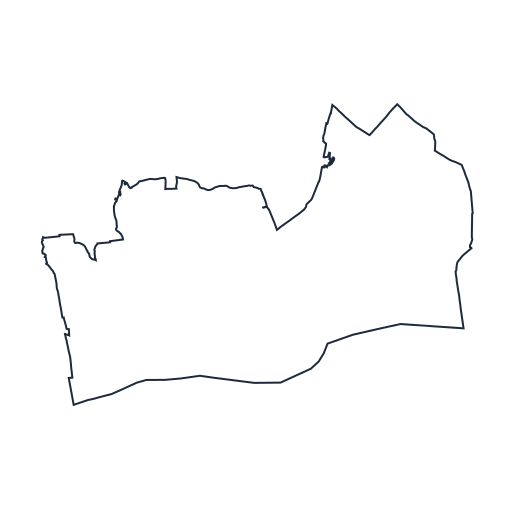 outline of Verguleasa, Olt, Romania, rotated 274°
{"feature_id": "2599482B5579924920696", "entity_name": "Verguleasa", "entity_type": "district", "adm_level": 2, "iso_a3": "ROU", "parent_name": "Romania", "parent_adm1": "Olt", "projection": "albers", "projection_center": [24.361, 44.65], "detail": "fine", "context": "isolated", "style": "outline", "palette": "slate", "viewbox_px": 512, "rotation_deg": 274, "n_neighbors": 0, "source": "geoboundaries", "source_scale": "gbopen_adm2", "svg_char_len": 6003}
<svg xmlns="http://www.w3.org/2000/svg" viewBox="0 0 512 512"><g transform="rotate(274 256 256)"><path d="M361.1,454.9L361.5,454.2L363.7,448.3L364.5,445.2L365.5,442.5L367.7,438.3L369.0,436.1L370.7,432.5L373.6,427.0L375.2,427.1L382.4,426.9L383.4,426.7L385.1,425.8L385.6,425.6L387.1,425.5L388.5,425.2L389.6,424.9L389.9,424.7L395.0,417.3L395.7,415.5L396.2,413.9L400.9,405.8L401.9,404.3L406.8,398.1L407.9,396.2L414.3,389.8L417.2,386.3L413.5,383.2L413.0,382.7L408.4,379.1L403.7,376.0L397.1,370.7L393.4,368.0L391.4,366.2L386.9,362.8L384.5,360.8L385.3,359.2L389.8,351.0L390.9,348.8L391.5,347.4L392.4,346.2L396.2,341.5L401.2,335.0L403.5,332.4L406.7,328.3L408.6,326.4L412.0,321.6L409.6,321.4L404.9,320.8L403.8,320.8L403.2,320.6L403.3,320.3L401.5,319.8L396.6,318.7L392.9,318.0L392.8,317.9L393.3,316.9L389.9,316.4L384.4,315.8L382.5,315.6L381.0,315.0L378.3,314.7L378.0,314.7L377.4,315.0L376.5,315.1L375.1,315.1L374.5,316.0L373.5,317.1L373.3,317.7L372.9,318.1L372.2,318.1L368.6,317.8L359.6,316.5L359.4,316.6L359.2,317.2L359.8,320.1L360.0,320.6L361.6,321.3L362.2,321.2L363.2,321.7L364.1,321.8L363.9,322.6L357.8,322.5L357.6,322.5L357.5,323.1L357.9,323.5L356.7,323.6L354.5,323.3L353.7,322.2L353.4,322.4L353.4,322.6L353.6,323.2L353.3,323.5L353.2,323.7L353.5,324.2L354.2,324.7L355.5,325.3L356.6,325.1L357.5,325.2L358.3,325.7L359.7,326.1L359.6,326.4L358.8,327.2L357.3,327.1L354.1,325.5L353.3,325.0L352.1,323.6L351.5,322.5L351.3,321.4L351.4,321.0L349.6,320.6L350.3,319.6L350.9,319.2L351.3,318.4L351.3,318.2L351.2,318.0L350.8,318.2L350.6,318.4L350.2,318.4L350.1,318.2L349.2,318.2L349.2,317.3L349.7,317.3L349.7,316.7L349.4,316.7L349.4,316.2L349.1,316.2L349.1,315.6L339.7,314.6L335.4,313.9L334.3,313.5L334.3,313.3L318.0,308.1L316.8,307.6L315.9,307.1L311.3,303.0L310.1,302.6L308.4,302.4L305.8,300.8L301.5,296.3L296.5,290.2L294.3,287.7L286.7,278.4L285.9,277.7L283.5,275.1L290.1,272.2L303.3,265.7L303.5,265.2L305.8,263.6L304.9,260.5L304.7,259.9L304.8,259.7L305.1,259.8L305.5,261.4L306.5,263.3L306.9,263.1L309.1,262.5L311.4,261.6L315.0,259.9L317.4,258.6L317.4,258.8L320.4,257.4L321.2,256.8L323.2,256.0L323.3,254.9L323.2,254.2L323.7,253.5L324.3,251.2L324.6,248.9L325.9,248.0L326.1,247.5L325.7,245.9L325.7,245.2L325.9,244.1L325.8,243.6L325.2,242.0L325.0,240.6L323.3,233.7L322.5,232.1L322.1,229.4L322.0,227.6L322.3,225.3L322.6,224.3L323.8,222.2L324.0,221.0L323.7,219.3L323.3,214.9L322.6,213.0L321.5,210.1L320.6,209.1L319.8,207.9L318.9,206.1L318.5,204.5L318.4,203.6L318.8,201.7L319.6,200.0L319.8,199.3L319.7,198.0L320.3,195.9L320.5,195.5L321.2,194.9L323.2,194.0L324.4,192.9L325.2,192.0L325.5,191.1L326.4,189.5L327.1,185.9L327.6,183.1L328.1,181.0L328.1,178.0L328.4,176.5L328.3,175.5L329.2,171.2L324.6,172.0L322.8,171.9L321.4,171.6L319.7,171.5L318.7,171.7L317.7,172.0L317.0,166.4L316.8,163.0L316.4,160.9L323.5,160.7L325.4,160.5L327.4,159.9L327.6,159.6L327.6,159.1L327.2,156.5L326.6,154.3L325.9,152.5L325.9,151.7L325.5,150.6L325.5,146.6L325.6,145.4L325.3,144.1L323.3,138.1L322.7,135.7L322.4,135.2L322.4,134.7L322.2,134.3L320.4,133.1L319.3,132.1L318.7,131.3L315.7,126.8L315.5,127.0L315.0,126.0L315.1,125.5L315.8,124.7L319.9,122.2L320.1,121.4L320.6,120.4L320.3,120.2L319.4,120.3L319.7,120.7L318.8,121.3L318.2,120.4L319.0,119.8L319.3,120.2L319.8,120.1L320.8,120.2L321.6,118.5L321.9,117.5L321.6,117.2L317.8,117.1L316.3,116.8L313.1,115.7L310.5,115.0L310.5,116.1L309.5,116.2L309.4,115.1L308.1,115.2L308.0,115.5L308.5,115.6L308.1,116.6L307.1,116.3L307.5,115.3L307.9,115.4L307.9,115.2L308.1,115.1L302.7,113.4L302.8,112.8L303.3,112.9L303.6,111.8L302.6,111.6L302.3,112.7L302.7,112.8L302.6,113.3L301.6,113.3L300.8,113.0L299.7,112.0L299.3,111.8L295.6,110.8L291.5,111.1L286.3,112.2L285.0,112.7L281.6,114.2L280.4,114.5L278.0,114.7L275.6,115.2L275.0,115.2L273.9,114.6L272.6,114.5L272.2,114.8L271.4,115.6L270.3,117.7L268.5,119.7L265.9,121.4L263.2,122.2L260.6,109.4L259.6,109.6L259.1,107.2L257.5,97.1L257.2,97.2L254.8,95.3L251.1,94.3L249.9,94.6L249.5,94.8L247.7,94.8L246.3,94.9L244.9,95.3L243.7,95.4L242.6,95.7L241.5,96.4L240.6,96.5L241.1,95.4L241.4,93.0L241.9,92.1L243.3,90.4L244.7,89.8L246.6,89.4L248.0,88.0L249.4,87.4L249.6,87.0L250.1,86.7L251.5,86.0L253.7,84.6L254.6,83.6L255.5,82.0L256.2,80.3L256.6,79.1L256.7,78.3L256.8,76.7L256.4,75.1L256.4,74.7L256.6,74.4L256.9,74.1L257.7,73.8L258.8,73.6L259.6,73.8L260.8,73.6L265.0,72.0L263.4,58.4L262.0,58.7L261.9,58.3L259.4,44.0L260.0,42.3L259.2,42.2L257.8,41.6L257.6,41.6L257.2,42.1L256.8,42.3L256.2,41.9L255.9,41.6L254.6,41.4L251.7,42.8L250.6,43.5L250.2,43.5L249.5,43.4L249.0,42.9L247.3,42.8L246.1,42.3L245.2,42.7L244.1,42.8L243.8,42.9L243.6,43.3L243.4,44.8L242.7,45.4L242.2,46.2L241.7,46.2L240.4,45.3L240.2,45.3L240.1,46.3L239.5,46.4L238.8,46.7L238.5,46.7L236.6,47.2L236.0,47.3L235.0,48.0L234.7,48.0L234.1,47.5L233.7,47.2L233.4,47.3L233.2,47.5L232.9,48.8L231.0,50.6L228.8,52.5L226.7,54.6L225.0,55.4L223.9,56.4L216.2,58.5L214.0,59.0L212.8,59.2L212.4,59.1L209.5,59.7L207.2,60.7L205.2,61.3L203.3,61.7L199.1,62.8L194.4,63.8L190.5,64.9L181.2,67.1L181.3,68.5L180.6,68.6L177.7,69.6L174.2,70.9L170.0,72.2L170.0,74.4L163.7,75.2L164.5,73.0L164.3,72.8L164.4,72.1L164.6,71.4L164.9,71.1L164.9,70.9L160.4,72.2L158.5,73.0L156.8,73.3L153.2,74.4L148.1,75.8L142.5,77.6L137.2,78.6L130.7,79.6L127.8,80.2L121.8,81.3L121.3,77.7L94.8,84.5L100.7,98.6L101.5,101.8L102.0,103.0L102.2,104.0L103.7,108.1L108.2,121.5L113.9,132.3L121.3,145.8L124.7,155.3L126.1,174.0L128.6,189.6L132.6,208.4L131.6,222.6L129.3,263.0L131.4,289.3L147.4,318.6L155.1,325.9L163.7,330.4L173.6,333.5L184.2,358.1L191.9,383.4L198.2,404.8L198.3,468.1L217.7,463.9L222.6,463.0L227.6,461.9L230.2,461.5L233.2,460.8L235.2,460.2L243.3,458.4L244.6,458.0L247.8,457.6L251.4,456.7L254.6,456.2L255.1,456.6L256.0,456.8L259.7,456.8L263.1,457.2L264.3,457.6L270.6,462.0L271.8,463.1L278.8,470.4L279.2,470.2L279.4,469.6L279.4,469.2L279.6,468.9L281.3,468.7L282.2,468.9L283.4,469.6L287.5,470.6L290.0,470.0L292.6,469.8L313.2,468.7L313.7,469.2L336.1,465.7L336.6,465.3L339.9,464.0L344.3,462.7L353.4,458.4L353.6,458.5L361.1,454.9Z" fill="none" stroke="#1e293b" stroke-width="2"/></g></svg>